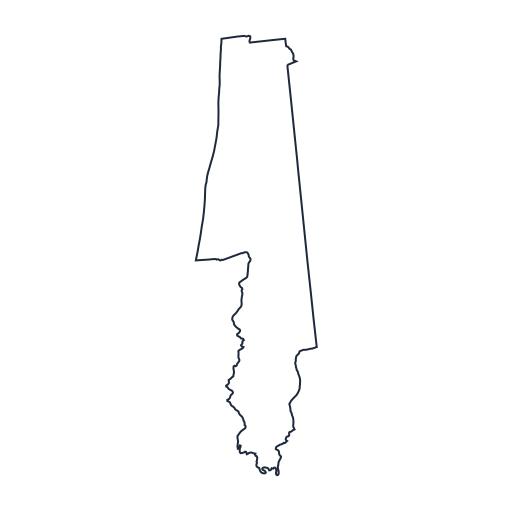 Belterra, Pará, Brazil, rotated 354°
{"feature_id": "56859067B15515313169577", "entity_name": "Belterra", "entity_type": "district", "adm_level": 2, "iso_a3": "BRA", "parent_name": "Brazil", "parent_adm1": "Pará", "projection": "robinson", "projection_center": [-55.04, -3.248], "detail": "fine", "context": "isolated", "style": "outline", "palette": "slate", "viewbox_px": 512, "rotation_deg": 354, "n_neighbors": 0, "source": "geoboundaries", "source_scale": "gbopen_adm2", "svg_char_len": 5657}
<svg xmlns="http://www.w3.org/2000/svg" viewBox="0 0 512 512"><g transform="rotate(354 256 256)"><path d="M220.1,450.5L220.9,450.5L222.2,450.4L223.9,450.0L224.6,449.5L225.7,449.8L226.2,452.2L227.2,451.9L228.0,451.3L229.1,451.0L230.7,450.9L231.8,451.4L232.7,451.9L233.5,452.1L234.8,452.5L234.3,453.6L234.7,454.7L235.7,455.1L236.2,456.5L235.7,458.9L235.0,460.8L235.4,461.8L234.8,462.9L234.5,463.8L234.6,465.0L235.3,466.1L236.0,466.6L237.0,467.1L237.4,469.2L237.8,470.4L238.3,471.4L239.2,472.3L240.3,472.8L241.5,473.1L242.3,473.0L243.1,472.5L242.9,471.5L242.3,470.6L240.3,469.3L239.9,468.4L240.6,467.4L242.0,467.1L242.9,467.2L245.2,468.0L245.9,468.6L246.8,470.6L247.7,470.5L248.7,470.0L249.4,468.7L250.9,469.3L251.8,468.4L252.7,468.4L253.5,469.4L253.7,470.6L253.8,471.7L253.3,473.3L253.1,474.4L253.4,475.5L254.0,476.2L255.1,475.9L255.7,475.0L256.0,473.2L255.9,471.7L255.7,470.4L255.6,468.8L255.7,467.8L256.2,466.6L256.7,464.2L257.1,463.0L259.4,459.5L259.9,458.6L259.7,457.6L259.0,456.9L258.5,456.1L258.3,455.0L258.4,453.7L258.3,452.7L257.7,451.5L257.0,451.1L256.2,450.7L255.5,450.1L255.7,449.0L256.3,448.0L257.4,447.3L258.7,446.9L259.7,446.3L260.5,446.1L262.1,445.8L263.3,445.4L264.0,444.7L264.9,445.0L266.0,444.6L266.6,443.8L267.6,443.2L266.8,442.5L266.4,441.4L266.7,440.4L267.1,439.6L268.2,438.7L269.4,438.7L270.2,437.9L270.4,436.6L270.4,435.4L270.9,434.6L271.8,434.5L272.9,434.2L273.6,433.7L274.3,433.2L275.4,432.8L276.2,432.5L275.3,430.0L275.2,428.5L275.6,426.9L275.8,425.6L276.0,423.7L276.0,421.8L275.9,420.6L275.5,419.2L275.1,417.9L275.1,416.4L274.7,415.4L274.1,413.6L274.2,412.6L274.2,411.1L274.1,409.8L274.1,408.7L273.7,407.4L273.8,406.3L274.6,405.6L275.4,404.1L276.8,402.7L277.8,401.8L279.0,400.9L279.8,400.1L281.1,399.1L281.8,398.5L282.3,397.8L283.3,396.6L284.7,394.3L285.3,392.8L285.7,391.9L285.8,390.3L286.2,389.0L286.4,387.6L286.6,386.2L286.8,385.2L286.9,384.0L286.8,381.9L286.5,380.4L286.0,378.5L285.6,376.8L285.4,375.1L284.6,373.7L284.4,371.8L284.1,370.6L284.1,368.9L283.8,367.0L283.9,366.1L284.4,365.1L284.7,364.0L284.8,362.5L285.4,360.5L286.0,359.4L287.5,358.2L288.5,357.5L288.9,356.5L289.3,355.6L289.9,355.1L291.2,354.9L292.6,354.4L293.3,354.3L294.3,354.3L295.5,354.5L297.1,354.4L298.4,354.2L300.4,353.9L302.1,354.0L303.7,353.6L304.6,353.5L306.0,353.0L306.9,352.9L306.7,326.5L306.7,297.1L306.6,267.0L306.9,171.9L307.0,163.3L307.0,155.9L307.0,154.0L307.1,108.8L307.1,107.5L307.1,77.5L307.1,72.4L307.1,71.4L307.2,69.9L307.8,69.1L309.7,68.6L311.3,68.1L312.3,67.8L316.3,66.6L315.4,66.1L314.4,65.9L313.8,65.1L313.7,63.6L314.1,62.2L314.3,60.8L314.1,58.7L313.5,57.5L313.1,56.7L312.3,54.3L311.6,53.9L310.9,53.3L310.2,52.0L309.4,51.1L308.0,50.6L307.8,47.0L307.8,43.0L304.3,43.0L293.2,43.0L272.2,43.1L271.9,42.1L272.2,40.7L272.9,39.4L273.3,37.8L272.9,36.6L271.6,36.2L270.6,36.5L269.6,36.7L268.7,36.5L267.6,35.9L260.5,35.8L244.4,36.4L244.1,38.3L244.0,39.3L243.9,40.3L243.6,41.3L243.2,43.2L243.0,44.2L242.8,45.3L242.8,46.3L242.6,47.7L242.3,48.9L242.1,50.5L241.8,51.8L241.6,53.9L240.6,59.8L240.3,62.3L239.5,67.2L238.7,72.1L238.4,75.2L238.2,78.1L237.8,81.9L237.0,85.5L236.3,90.0L235.3,94.9L234.6,99.6L233.7,109.5L232.5,119.2L232.3,121.6L230.5,128.1L229.1,134.4L227.5,139.9L226.8,142.1L225.4,146.9L223.2,152.9L220.2,160.1L219.0,163.2L217.1,167.8L215.8,171.4L215.0,174.8L214.5,177.2L214.1,178.3L213.4,179.9L212.6,183.5L211.5,191.2L211.1,194.2L210.1,200.0L208.8,206.6L207.2,213.8L205.2,220.8L203.5,227.6L202.1,232.8L200.2,239.1L198.4,245.5L195.7,254.1L209.2,254.6L211.8,254.6L214.8,254.7L215.7,254.9L216.4,255.5L217.3,255.2L218.1,255.3L219.7,256.6L220.6,256.6L221.3,256.1L222.6,256.5L240.1,252.1L241.9,251.6L243.1,251.8L244.3,251.3L245.5,251.1L246.5,251.2L247.5,251.5L248.2,252.5L248.8,254.1L248.8,255.3L249.0,256.2L250.2,258.1L250.1,259.3L249.8,260.2L248.2,261.9L247.7,262.8L247.4,264.3L246.9,267.2L246.6,268.2L246.5,269.6L246.1,271.3L245.8,273.0L245.1,275.7L244.1,276.7L241.1,278.1L237.8,280.0L236.8,280.5L236.3,281.5L236.4,282.8L236.8,284.1L237.7,285.5L238.7,286.3L239.0,287.6L238.2,288.5L238.1,289.8L238.5,290.8L238.5,292.4L238.2,293.5L237.8,294.4L237.6,295.6L237.2,297.0L236.9,298.2L236.8,301.3L236.6,302.7L236.3,303.9L235.6,305.0L233.2,307.1L231.6,309.1L230.2,310.6L227.7,312.6L226.8,313.5L226.2,314.5L225.7,316.5L225.9,317.4L226.8,319.0L227.0,320.0L227.0,321.1L227.2,322.2L229.0,324.8L229.7,325.3L230.8,326.5L231.9,327.2L232.4,327.9L232.3,329.0L231.7,329.8L230.9,330.7L229.0,331.9L229.0,333.2L229.8,333.9L230.8,334.4L231.6,335.1L232.5,336.4L234.5,337.0L235.1,338.4L234.2,338.9L233.5,339.7L233.5,340.8L233.2,341.6L232.7,342.3L231.8,343.1L232.1,344.0L232.9,344.7L234.0,345.2L233.4,346.1L231.5,347.1L229.8,347.7L228.6,348.6L228.3,352.6L227.9,354.1L228.0,355.0L228.2,356.3L228.6,357.3L228.5,358.4L227.7,359.5L226.2,361.0L225.2,363.0L224.2,363.5L223.3,362.9L222.3,363.3L221.9,364.8L221.8,366.3L222.0,367.9L221.9,369.8L221.1,372.1L220.9,373.2L220.0,373.9L219.1,374.2L218.2,375.2L215.9,376.4L215.8,377.3L216.0,378.6L215.6,379.8L215.0,380.5L212.8,381.8L212.8,382.8L213.7,383.1L214.8,385.1L215.6,385.9L217.9,387.4L218.4,388.1L218.8,389.1L218.5,390.2L216.6,391.6L215.8,392.7L215.6,393.6L215.1,394.5L214.2,395.4L212.4,396.1L212.3,397.2L214.0,398.2L214.8,398.9L215.4,401.1L215.9,402.1L216.9,403.1L217.9,403.7L218.9,405.3L219.4,406.5L222.2,408.7L222.7,410.8L223.6,412.5L225.1,414.1L225.6,414.9L226.2,416.8L226.3,418.0L227.1,420.0L227.2,421.5L227.0,422.9L227.7,423.7L227.9,424.8L227.3,426.1L225.8,427.0L223.8,428.1L222.2,429.3L218.7,433.2L218.6,435.7L218.8,438.5L217.6,443.6L217.8,444.7L217.8,445.8L218.6,445.7L220.3,442.7L220.9,443.2L220.7,444.1L220.2,444.9L219.7,446.1L219.5,447.3L219.4,449.5L220.1,450.5Z" fill="none" stroke="#1e293b" stroke-width="2"/></g></svg>